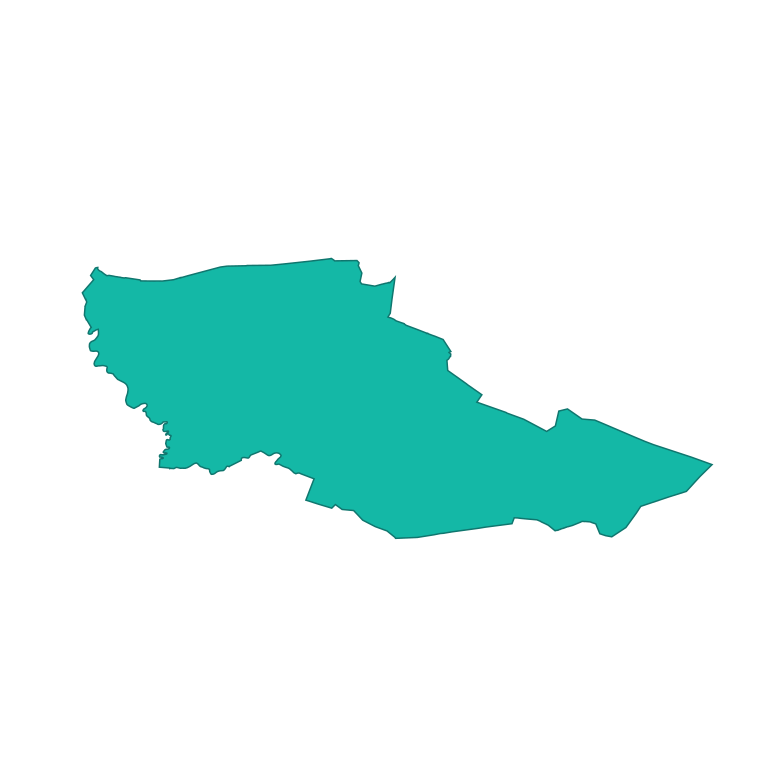 Sēļu pag., Mazsalacas, Latvia (Natural Earth projection), rotated 148°
{"feature_id": "27541924B62426268885110", "entity_name": "Sēļu pag.", "entity_type": "district", "adm_level": 2, "iso_a3": "LVA", "parent_name": "Latvia", "parent_adm1": "Mazsalacas", "projection": "natural_earth1", "projection_center": [25.207, 57.868], "detail": "fine", "context": "isolated", "style": "filled", "palette": "teal", "viewbox_px": 768, "rotation_deg": 148, "n_neighbors": 0, "source": "geoboundaries", "source_scale": "gbopen_adm2", "svg_char_len": 6123}
<svg xmlns="http://www.w3.org/2000/svg" viewBox="0 0 768 768"><g transform="rotate(148 384 384)"><path d="M592.7,611.0L596.6,608.1L596.6,607.9L596.8,607.6L601.6,601.2L602.4,596.1L602.1,596.0L602.3,587.1L603.2,587.0L606.1,585.4L607.4,584.4L608.1,583.5L607.6,582.5L606.1,581.7L604.7,581.6L603.6,582.5L599.5,582.4L598.4,582.2L597.3,581.8L598.8,579.0L599.9,577.4L600.8,576.5L603.1,575.5L605.9,574.6L606.9,574.6L609.7,575.0L610.9,574.8L611.5,574.6L612.4,574.1L612.6,573.9L613.9,572.1L614.4,571.0L615.1,568.5L615.2,567.8L614.8,567.2L613.2,565.8L610.7,564.5L610.0,563.9L609.4,562.8L609.4,561.8L609.9,560.7L611.5,559.4L617.4,556.5L619.1,554.8L619.5,553.6L619.4,552.4L618.9,551.7L617.9,551.2L616.7,550.8L615.5,550.1L613.0,548.9L611.8,548.0L610.0,546.1L609.8,545.4L609.9,544.7L611.0,543.7L611.9,542.5L612.4,541.2L612.2,540.1L611.9,539.4L609.8,537.8L608.3,536.0L608.3,534.1L607.4,529.0L603.9,523.3L603.2,521.8L602.8,520.3L602.7,518.8L603.4,515.9L604.5,514.2L606.5,511.9L609.3,509.6L611.4,507.4L611.8,506.8L612.4,504.9L612.8,502.9L612.6,502.1L612.2,501.2L610.7,498.4L609.6,496.7L609.0,496.0L608.7,495.8L603.3,495.4L601.2,495.7L599.6,495.4L597.3,494.5L596.3,493.7L595.9,492.6L596.0,491.7L596.5,491.0L597.7,490.3L599.1,490.0L600.6,490.1L601.5,489.9L602.5,489.2L602.6,488.7L602.4,488.2L601.0,487.3L600.8,486.7L601.0,485.5L602.0,483.6L602.0,482.3L601.0,479.3L601.1,478.4L601.5,477.3L601.2,475.7L600.6,474.6L599.8,473.8L598.6,471.9L597.5,470.4L597.2,469.7L596.5,469.1L595.4,468.6L594.0,468.3L592.7,468.4L591.3,468.8L590.7,468.5L589.5,467.7L588.3,467.2L588.0,466.6L588.3,466.1L589.0,465.7L589.7,465.7L590.6,466.3L591.3,466.4L592.0,466.2L592.9,465.7L594.2,463.8L594.6,463.0L594.9,462.8L595.5,462.6L595.8,462.2L596.0,461.0L595.7,460.4L594.8,459.7L592.6,458.8L591.9,458.4L591.9,458.0L592.4,457.5L593.8,457.6L595.1,457.3L596.0,456.6L595.9,456.2L595.4,456.0L594.1,456.4L593.6,456.2L593.2,455.8L593.2,454.9L593.0,454.2L592.1,453.5L592.0,453.0L592.3,452.6L593.6,451.9L594.2,451.3L594.5,450.5L594.9,450.3L595.5,450.2L596.1,450.5L597.2,451.7L597.6,451.8L598.2,451.7L598.8,451.2L600.7,449.1L601.5,445.7L601.0,445.1L599.7,444.3L599.6,443.8L600.2,443.1L601.8,443.3L602.9,443.8L603.6,444.2L604.6,444.3L607.0,443.5L607.4,442.9L607.0,442.0L605.5,441.3L604.8,440.3L605.2,439.9L605.9,439.9L608.7,440.9L610.9,442.6L612.0,442.5L612.7,441.8L612.9,440.9L611.1,439.6L610.4,438.4L610.7,438.0L611.5,438.1L612.4,438.7L614.0,439.0L618.6,432.5L610.3,426.3L610.5,425.8L610.0,425.7L607.0,423.6L604.4,423.4L603.3,422.5L601.3,420.4L600.0,419.7L597.3,417.9L595.3,417.3L592.3,417.0L587.5,417.1L586.9,417.0L585.2,416.6L584.7,416.0L584.3,415.2L583.9,413.5L583.8,412.4L583.2,411.0L581.9,409.5L581.2,408.3L579.6,406.5L578.1,405.4L577.7,404.9L577.3,404.0L578.2,402.1L578.4,400.4L578.4,399.2L578.1,398.8L577.2,398.3L576.4,398.0L575.1,397.8L573.0,398.0L571.8,398.0L570.7,397.8L569.1,397.3L566.6,396.0L566.2,395.8L565.6,395.8L565.1,395.8L563.5,396.3L561.5,397.3L561.0,397.4L560.5,397.3L559.9,397.0L559.1,395.9L558.5,396.1L545.5,394.9L545.3,395.3L544.5,396.2L543.4,396.6L542.9,396.5L541.4,395.7L540.8,395.2L539.1,393.7L538.5,393.2L537.9,393.1L536.8,393.4L535.5,394.1L534.8,394.3L533.8,394.2L526.7,392.9L525.0,392.7L524.4,392.6L523.8,392.2L522.1,389.2L520.4,385.4L519.5,384.2L518.3,383.7L517.2,383.5L514.3,383.5L513.3,383.3L511.4,382.5L509.8,380.9L509.2,379.3L509.1,378.0L510.3,377.0L513.9,376.4L515.9,375.6L517.2,375.3L518.3,374.7L518.8,374.0L518.3,373.0L517.1,372.4L516.2,372.1L515.7,371.8L515.2,371.3L513.3,367.9L511.8,365.9L509.7,363.4L509.0,362.1L507.8,358.1L507.6,356.8L506.4,354.7L505.9,354.5L504.7,354.3L503.1,353.5L501.9,351.7L493.5,340.6L495.5,339.2L511.8,326.9L503.5,317.1L494.1,306.4L489.1,307.5L486.0,299.8L476.8,292.8L474.2,279.8L467.0,267.7L459.3,257.8L456.0,248.2L456.0,247.0L437.0,236.2L436.0,235.8L421.4,229.6L415.6,227.4L412.7,225.9L404.5,222.5L380.6,211.7L373.7,208.8L349.5,197.7L344.5,201.5L341.9,199.8L339.0,197.4L334.7,194.1L326.3,187.8L324.3,185.0L323.6,183.6L320.8,179.3L320.4,178.5L320.1,178.3L319.8,177.7L319.2,176.3L316.7,168.9L316.4,169.0L314.7,168.1L313.5,167.8L313.5,167.7L313.3,167.6L312.8,167.8L311.5,167.3L310.7,167.4L310.3,167.1L309.8,167.1L308.5,166.6L307.5,166.6L307.4,166.4L307.1,166.2L305.9,166.2L305.2,165.9L304.2,165.8L303.7,165.5L299.2,164.2L290.6,162.7L289.1,162.6L288.7,162.5L288.3,162.1L287.4,161.6L287.1,161.2L286.4,160.9L282.2,157.8L280.9,156.0L279.7,154.6L278.5,153.1L280.3,142.6L276.4,137.9L271.8,133.7L254.9,134.1L238.2,140.9L231.1,144.2L202.3,137.3L184.5,132.7L165.1,138.1L148.5,141.8L162.2,159.2L187.5,189.6L193.1,197.0L200.1,206.9L218.2,232.9L224.4,241.7L234.6,249.3L241.6,265.6L250.1,268.4L260.9,257.6L271.2,257.6L284.2,280.1L295.1,294.1L295.6,295.2L314.9,319.4L306.7,323.0L313.5,339.0L314.0,340.5L322.8,361.7L318.1,370.7L315.9,371.0L313.5,372.2L313.0,372.1L311.5,374.0L312.2,376.3L311.8,376.4L310.1,376.1L310.3,390.4L310.6,390.8L315.7,397.8L317.1,399.5L319.9,403.2L320.0,403.9L320.8,404.2L320.7,404.3L322.5,406.7L327.6,413.5L334.1,422.0L335.0,424.2L334.9,424.4L340.1,430.9L340.3,431.2L341.1,433.2L341.6,434.1L343.1,436.3L343.7,437.0L344.2,437.4L345.2,438.7L341.2,440.7L332.2,451.8L318.1,468.6L321.0,467.8L325.3,466.8L325.8,467.0L325.9,467.5L326.2,467.6L326.8,467.5L327.2,467.8L328.4,468.1L328.6,468.3L330.0,468.8L332.0,469.4L332.7,469.7L339.9,471.8L349.8,480.6L350.0,481.0L350.0,483.6L344.0,489.8L343.1,498.0L341.5,499.4L340.9,500.1L341.5,503.0L341.8,503.2L360.5,514.5L360.7,514.8L360.7,515.2L362.0,518.2L362.3,518.5L363.4,518.8L381.7,527.4L404.4,538.4L417.1,544.7L437.4,557.1L438.2,557.3L454.6,567.1L460.8,569.9L493.1,579.8L500.1,581.8L499.9,582.0L500.6,582.3L500.8,582.1L502.1,582.6L507.0,583.9L508.8,584.7L517.5,588.8L520.9,591.0L526.9,594.7L535.6,600.3L535.8,600.5L535.7,601.2L535.7,601.5L535.8,601.6L546.9,611.1L547.2,611.3L548.1,611.5L548.4,611.7L548.5,611.9L550.5,613.6L550.8,614.1L551.6,614.6L551.9,615.0L552.4,615.3L553.0,615.9L555.4,617.9L555.8,618.4L559.6,621.8L561.6,622.7L562.8,625.2L564.2,629.1L565.2,630.6L565.7,632.1L565.8,633.0L565.4,634.2L565.0,634.5L565.5,634.8L567.3,635.3L575.3,631.5L574.9,626.3L591.5,621.2L592.3,613.7L592.0,613.7L592.7,611.0Z" fill="#14b8a6" stroke="#0f766e" stroke-width="1.5"/></g></svg>